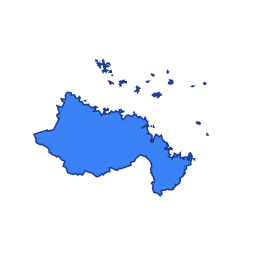 the district of Mackay, Queensland, Australia, rotated 335°
{"feature_id": "25037944B90195923531970", "entity_name": "Mackay", "entity_type": "district", "adm_level": 2, "iso_a3": "AUS", "parent_name": "Australia", "parent_adm1": "Queensland", "projection": "mercator", "projection_center": [149.075, -21.082], "detail": "fine", "context": "isolated", "style": "filled", "palette": "blue", "viewbox_px": 256, "rotation_deg": 335, "n_neighbors": 0, "source": "geoboundaries", "source_scale": "gbopen_adm2", "svg_char_len": 5922}
<svg xmlns="http://www.w3.org/2000/svg" viewBox="0 0 256 256"><g transform="rotate(335 128 128)"><path d="M169.5,187.7L170.9,184.6L172.9,183.1L173.3,181.2L174.2,181.1L174.0,176.8L172.3,177.2L171.3,179.1L172.3,179.4L172.8,179.9L171.2,179.4L172.0,180.0L170.8,180.2L170.8,182.3L169.8,183.5L170.5,181.9L168.7,182.6L169.2,182.1L167.7,181.6L169.9,181.8L169.3,179.2L166.9,178.4L165.5,178.8L165.5,179.8L166.3,179.8L165.5,180.0L164.7,178.8L165.3,177.8L162.7,177.2L165.0,172.6L160.4,174.4L161.1,172.9L159.3,170.6L158.8,171.9L156.2,173.0L157.6,173.4L158.0,173.9L155.5,173.4L155.0,174.6L153.9,172.0L152.7,171.0L155.1,170.2L154.2,169.3L155.1,165.3L156.8,165.3L157.4,164.5L158.8,166.1L159.2,165.4L158.4,163.6L154.8,164.2L153.5,163.5L154.1,162.6L152.9,162.5L153.6,161.9L152.9,161.3L155.5,162.5L155.9,161.5L157.0,161.7L157.2,159.1L156.5,159.6L156.1,158.6L156.8,157.5L155.0,156.0L155.4,155.4L154.4,153.5L155.1,148.6L152.6,149.1L150.8,145.5L147.7,147.6L144.9,151.2L144.1,150.9L145.3,149.1L143.0,149.9L143.3,148.8L145.0,148.1L146.6,145.2L145.3,142.1L144.1,142.4L142.5,140.5L144.7,141.9L145.1,136.2L146.7,134.7L142.3,133.5L140.3,134.5L141.4,133.3L145.0,133.9L145.5,133.3L144.4,133.3L144.8,132.6L147.4,135.0L147.6,131.5L148.7,130.4L147.8,129.9L147.9,125.7L146.2,127.3L145.7,127.2L143.8,122.6L142.6,122.5L142.5,123.2L142.1,123.5L140.8,120.7L140.9,118.9L138.5,118.4L136.5,119.2L133.8,116.3L131.4,116.1L129.0,117.7L126.6,118.2L126.9,114.4L128.0,114.4L126.3,111.9L127.7,110.6L129.4,111.5L131.0,111.1L129.6,110.3L129.5,108.4L127.8,107.8L126.6,109.4L125.4,109.4L124.4,107.2L121.9,108.1L119.9,105.4L118.6,106.8L117.5,106.3L116.2,107.2L113.7,105.6L113.9,103.9L112.7,103.3L113.1,102.5L112.1,104.0L112.4,105.3L111.2,104.5L109.1,105.4L109.3,103.4L108.8,103.1L109.5,102.1L108.5,99.8L104.0,98.5L106.4,97.4L106.0,96.2L108.7,96.2L107.5,94.6L104.8,94.6L102.6,93.1L102.3,89.8L101.2,90.0L100.3,89.0L97.5,88.1L97.7,85.1L95.0,83.1L97.5,80.3L97.1,79.0L95.7,80.2L94.0,79.5L93.0,77.3L93.6,76.8L93.4,75.4L90.6,74.1L91.3,72.3L89.2,70.5L87.9,70.0L84.9,72.0L84.2,74.7L83.2,75.6L79.8,73.3L79.7,75.6L81.2,78.1L76.8,81.3L73.2,77.8L72.1,86.1L69.8,85.7L68.8,86.4L68.8,90.2L69.7,90.3L60.0,98.0L53.9,97.2L54.1,95.8L40.1,94.0L40.1,98.2L38.7,102.5L41.5,106.1L42.7,106.1L46.4,111.0L47.4,113.9L46.2,117.0L47.7,117.7L47.5,119.5L50.1,121.9L51.1,124.1L52.2,123.8L53.5,125.0L54.4,128.9L56.7,131.3L53.0,135.4L55.0,137.1L54.6,143.1L58.6,146.9L60.9,146.9L62.6,149.4L64.7,149.3L66.9,151.4L71.1,148.7L75.1,152.7L75.8,152.6L78.9,158.9L79.8,159.2L82.8,159.4L85.1,158.6L85.9,160.1L87.8,158.7L88.4,159.3L91.6,158.8L93.0,159.9L94.4,156.3L96.2,157.1L98.8,160.6L100.8,161.9L103.0,161.0L103.8,161.7L114.9,163.0L116.1,160.2L119.8,160.9L122.0,159.0L128.1,157.4L130.3,160.2L132.5,161.4L132.0,162.1L134.2,167.3L133.6,172.3L131.0,175.0L130.6,177.8L129.7,178.4L130.7,179.2L129.9,181.2L130.4,182.6L129.8,186.8L128.8,188.5L127.5,187.2L125.9,188.2L126.7,190.9L124.7,193.0L124.2,197.3L127.5,199.8L128.5,203.0L130.9,202.1L131.5,198.8L135.2,200.0L138.4,200.0L139.0,201.2L142.5,202.9L143.3,202.6L143.4,201.3L145.1,201.7L147.2,199.4L147.5,200.5L151.5,199.6L153.5,197.3L153.8,195.4L157.6,194.9L158.9,193.3L159.5,193.9L160.8,192.8L160.3,192.2L161.5,189.7L162.0,190.3L163.7,189.7L164.4,188.3L163.9,187.0L169.5,187.7ZM131.6,67.4L133.1,62.9L134.8,63.6L134.5,62.5L135.4,62.6L133.4,60.2L133.9,59.1L132.9,58.5L133.3,57.6L132.4,59.4L133.2,60.3L132.4,60.8L132.5,62.6L131.8,62.2L131.5,64.9L129.9,65.7L128.5,65.0L129.6,66.1L129.2,67.0L131.4,66.4L131.6,67.4ZM188.1,103.4L186.1,102.2L186.3,104.2L184.2,103.8L183.5,104.8L185.4,106.4L186.4,105.8L187.4,106.3L188.3,104.8L188.1,103.4ZM168.9,111.3L167.7,112.3L168.1,113.0L168.7,112.1L169.7,112.5L170.2,111.3L170.7,111.6L171.6,109.8L170.8,108.7L167.9,108.9L168.9,111.3ZM127.3,58.3L128.3,60.3L130.2,59.3L131.4,59.5L130.2,57.7L128.9,57.9L128.2,57.0L127.3,58.3ZM164.9,110.2L165.4,109.6L166.0,110.7L166.4,110.0L167.8,110.8L166.9,107.7L164.0,108.5L164.9,110.2ZM152.6,94.9L153.6,96.9L155.4,96.9L153.7,94.1L152.6,94.9ZM194.2,154.6L195.3,154.6L195.3,153.0L192.6,151.7L192.3,152.7L194.2,154.6ZM114.4,102.8L116.2,103.0L114.9,100.1L113.7,100.6L114.4,102.8ZM154.1,99.2L152.7,96.8L150.1,97.8L152.1,98.3L151.8,99.7L153.2,98.3L154.1,99.2ZM139.8,84.8L138.6,84.8L138.9,85.7L140.9,84.5L140.7,83.5L141.7,84.5L141.3,82.4L140.2,82.3L139.8,84.8ZM133.8,82.1L131.6,78.3L130.4,77.5L130.6,78.7L133.8,82.1ZM143.7,84.9L144.5,83.2L143.2,82.7L142.3,83.3L143.7,84.9ZM215.7,120.8L217.3,120.9L216.6,119.2L215.6,119.4L215.7,120.8ZM134.7,69.5L136.5,70.4L136.8,69.2L137.5,69.4L136.3,68.7L134.7,69.5ZM166.6,94.4L164.5,93.7L164.4,94.3L165.3,94.9L166.6,94.4ZM172.9,91.5L173.9,90.8L172.2,89.2L172.1,90.1L172.9,91.5ZM187.3,94.9L188.4,94.3L188.0,92.9L187.0,94.1L187.3,94.9ZM196.7,167.6L197.8,168.8L197.2,166.7L196.7,167.6ZM128.3,54.2L128.5,53.5L127.5,53.0L127.3,53.9L128.3,54.2ZM138.3,61.1L137.4,60.7L137.1,61.3L138.3,62.7L138.3,61.1ZM145.2,84.8L144.9,85.4L145.6,86.2L146.0,85.3L145.2,84.8ZM174.6,183.7L174.9,184.8L175.4,184.0L174.6,183.7ZM133.2,57.3L134.1,56.6L134.2,55.8L133.5,56.0L133.2,57.3ZM205.0,117.7L204.0,117.1L203.2,117.3L203.5,117.7L205.0,117.7ZM130.6,80.7L131.1,80.5L130.3,79.5L130.6,80.7ZM116.5,103.1L117.5,102.8L116.5,102.3L116.5,103.1ZM117.6,102.3L118.5,102.8L117.9,101.9L117.6,102.3ZM133.0,67.4L134.0,67.3L133.0,66.3L132.9,66.3L133.0,67.4ZM172.5,111.1L172.2,112.1L172.3,112.1L172.5,111.1ZM127.6,56.6L128.5,56.3L127.5,56.1L127.6,56.6ZM135.9,74.3L136.2,73.6L135.9,73.5L135.9,74.3ZM128.2,61.2L128.5,61.6L128.6,61.0L128.2,61.2ZM139.9,116.3L140.1,116.9L140.3,116.4L139.9,116.3ZM135.3,60.6L135.9,60.7L135.9,60.4L135.3,60.6ZM151.8,138.1L151.8,137.4L151.5,137.9L151.8,138.1ZM149.2,136.5L150.0,136.2L149.9,136.0L149.2,136.5ZM139.0,86.6L139.6,86.5L139.3,86.2L139.0,86.6ZM117.4,103.8L117.7,103.6L117.1,103.7L117.4,103.8ZM100.8,85.5L101.1,85.2L100.5,85.1L100.8,85.5ZM136.0,63.7L136.3,63.8L136.0,63.1L136.0,63.7ZM135.2,57.3L135.3,57.9L135.2,57.2L135.2,57.3Z" fill="#3b82f6" stroke="#1e3a8a" stroke-width="1.5"/></g></svg>